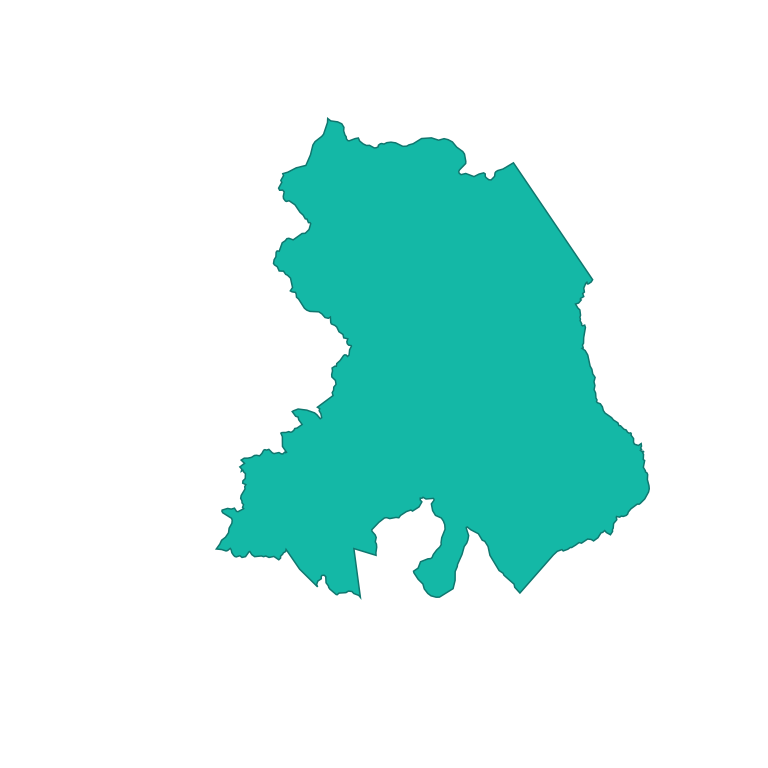 outline of San Carlos, Alajuela, Costa Rica, rotated 326°
{"feature_id": "36466004B93009353653886", "entity_name": "San Carlos", "entity_type": "district", "adm_level": 2, "iso_a3": "CRI", "parent_name": "Costa Rica", "parent_adm1": "Alajuela", "projection": "orthographic", "projection_center": [-84.486, 10.62], "detail": "fine", "context": "isolated", "style": "filled", "palette": "teal", "viewbox_px": 768, "rotation_deg": 326, "n_neighbors": 0, "source": "geoboundaries", "source_scale": "gbopen_adm2", "svg_char_len": 6171}
<svg xmlns="http://www.w3.org/2000/svg" viewBox="0 0 768 768"><g transform="rotate(326 384 384)"><path d="M615.0,273.0L602.8,272.3L597.5,270.6L595.3,270.6L594.1,271.1L591.8,273.7L586.9,274.7L585.1,273.3L584.0,269.8L584.1,268.4L585.4,266.4L584.7,264.7L580.2,263.1L574.6,262.4L569.5,255.2L564.9,253.5L564.2,251.3L564.7,249.7L566.4,248.7L575.0,246.9L576.3,245.2L579.3,238.4L579.3,235.4L576.7,228.2L576.1,221.6L573.8,217.3L571.0,214.2L565.6,212.4L561.0,206.5L552.4,201.5L542.5,201.1L538.4,199.7L535.8,199.5L532.5,197.5L528.5,190.6L525.0,187.4L521.3,185.5L518.2,185.1L516.5,183.3L515.2,182.8L512.9,182.9L511.8,184.1L509.6,183.8L507.9,182.8L505.5,178.1L502.8,176.4L501.0,173.3L499.7,169.0L500.3,165.7L497.3,164.4L491.0,162.9L490.1,161.9L489.9,159.9L490.9,157.9L490.9,155.6L492.1,151.6L494.3,148.8L494.5,144.7L492.2,140.8L487.0,136.1L485.8,132.4L483.4,135.6L473.6,143.1L470.9,143.9L462.4,144.5L458.7,146.1L451.2,152.9L441.5,159.1L432.1,155.7L422.7,154.6L417.7,153.0L417.2,155.1L412.3,157.5L412.0,159.7L406.1,162.7L405.8,165.0L408.4,166.6L408.7,168.9L405.4,172.1L404.4,174.1L404.6,177.2L405.2,178.1L407.8,179.0L410.4,185.7L410.4,194.7L411.4,198.8L411.1,203.1L412.4,204.2L411.6,208.0L412.9,208.9L412.9,210.1L408.3,214.0L403.0,215.0L400.2,213.4L389.3,213.7L386.6,210.0L384.8,209.2L382.2,210.0L378.6,210.0L371.4,215.3L369.8,213.9L368.3,214.4L365.5,218.1L362.4,219.5L359.8,222.3L359.8,224.0L361.1,227.1L360.3,231.7L363.8,234.3L363.8,238.1L364.8,239.8L365.7,243.9L362.1,252.9L358.4,254.4L359.3,256.2L361.8,258.5L361.6,260.1L360.0,263.1L360.7,265.7L360.4,276.7L361.3,279.6L363.2,282.4L370.3,287.7L371.7,291.1L372.3,295.9L374.6,298.4L377.0,298.5L374.2,303.3L374.0,304.8L376.0,307.9L376.7,310.3L375.9,315.5L377.7,320.0L376.4,323.2L379.3,326.3L376.8,328.2L376.1,330.0L376.4,332.0L378.3,333.8L378.1,334.5L374.6,336.4L371.3,340.4L369.2,340.8L368.8,338.7L367.6,337.8L366.4,337.8L360.7,340.0L356.3,340.6L354.4,342.7L353.4,341.8L349.9,341.7L348.6,344.4L345.9,346.9L344.7,349.0L345.7,353.9L344.0,357.5L340.6,358.5L338.7,361.0L336.2,362.2L335.3,365.1L315.8,366.0L316.9,368.5L315.3,369.9L315.1,373.2L313.5,377.1L311.7,377.1L311.2,372.0L310.3,369.1L305.4,362.5L298.8,356.7L294.0,355.6L292.5,355.5L292.7,361.3L294.3,363.4L293.3,366.0L293.5,371.8L287.3,371.9L285.1,371.0L283.3,372.0L280.7,372.2L279.7,371.9L278.4,370.2L275.7,369.4L272.3,367.2L271.0,367.1L270.3,370.8L264.9,379.0L265.0,386.1L264.1,386.0L263.6,385.0L261.0,385.4L259.7,384.4L258.6,382.1L253.9,380.2L252.9,378.6L252.0,373.8L249.8,373.2L248.5,371.8L247.2,371.6L243.9,373.3L240.7,374.0L238.5,371.8L236.6,370.8L233.1,370.7L229.6,369.3L226.6,367.3L223.0,367.2L224.0,371.8L218.1,372.1L218.5,375.1L216.9,376.6L218.8,376.7L218.5,378.7L219.0,380.8L216.1,384.8L212.9,385.4L211.4,387.2L213.2,390.2L211.1,391.2L210.1,393.3L203.3,396.5L201.2,398.7L200.9,401.4L199.8,403.2L200.1,405.5L197.7,407.2L197.9,408.9L191.6,408.2L190.5,407.1L190.6,403.3L187.4,402.3L184.8,399.7L179.3,398.0L178.5,398.8L178.3,400.6L182.5,410.1L182.0,412.0L180.0,414.4L175.0,416.9L171.9,420.4L166.9,422.4L162.0,422.7L158.4,424.9L152.7,427.0L156.8,430.4L159.7,434.1L161.2,434.6L164.6,434.3L164.6,435.9L163.5,438.8L163.5,442.0L163.9,443.6L164.8,444.7L168.5,445.8L169.3,448.4L172.7,449.7L178.3,447.6L179.1,447.8L179.0,451.6L180.2,454.8L186.2,458.0L187.6,459.8L189.8,460.5L191.7,463.5L196.3,465.4L198.5,470.9L200.9,470.5L202.0,468.9L204.7,468.5L206.2,467.7L208.7,467.9L210.3,466.4L210.5,490.3L215.5,515.1L216.1,512.5L218.9,510.4L223.1,510.4L224.3,508.5L225.5,508.0L227.4,509.0L228.0,511.1L224.8,516.4L225.0,520.1L224.4,521.8L224.4,523.7L226.6,531.7L227.3,532.5L229.8,532.2L235.8,535.7L238.7,535.8L241.4,538.1L241.8,540.8L244.9,545.2L245.1,547.7L267.0,503.6L281.6,521.6L282.9,519.4L286.7,515.2L288.2,512.5L288.5,510.0L291.7,506.9L292.3,504.1L291.7,499.4L292.4,498.0L302.4,495.8L309.6,495.3L311.6,496.4L313.5,498.8L319.3,501.3L321.5,503.2L324.2,502.2L331.2,502.3L335.8,503.5L336.6,505.3L344.3,505.5L349.5,502.9L349.2,500.4L350.2,498.9L351.6,499.9L353.0,499.7L354.5,502.8L360.9,506.4L361.0,507.6L360.3,508.4L356.2,509.9L353.5,516.2L353.2,521.7L356.6,527.2L356.6,530.8L355.7,534.6L353.4,538.6L345.9,543.7L342.5,547.5L341.8,549.0L339.2,550.3L334.7,551.1L329.6,552.9L326.7,554.8L325.0,554.8L322.7,553.5L314.9,551.8L309.3,555.7L303.8,555.7L303.2,557.3L303.1,565.0L304.4,571.6L302.8,576.4L303.2,582.1L304.5,585.9L308.0,589.9L310.8,591.7L326.8,592.3L333.1,586.6L338.1,579.3L342.6,576.4L344.1,574.7L353.4,568.9L359.6,563.6L363.7,562.1L366.4,560.1L369.4,557.0L371.5,549.7L372.0,548.9L373.1,549.1L374.4,553.3L378.5,560.9L378.1,568.4L379.6,570.8L379.4,576.9L376.0,585.3L375.1,603.0L376.9,607.5L376.5,609.6L379.9,622.7L378.7,625.6L379.8,633.3L428.9,620.4L434.1,619.6L438.9,620.8L439.2,622.6L444.0,623.8L447.0,623.7L448.1,624.5L452.9,624.7L457.0,624.5L458.8,626.4L466.1,626.4L468.8,628.7L470.0,631.3L475.4,631.1L480.6,628.8L482.4,629.3L485.0,628.9L485.3,631.5L487.4,635.6L491.0,634.1L492.0,632.4L493.4,631.7L496.3,628.1L501.1,626.7L502.0,624.4L502.7,623.9L505.0,626.2L506.8,626.2L508.3,627.6L511.3,628.4L513.2,628.1L514.9,626.8L518.9,625.6L526.8,625.2L528.3,626.3L529.7,626.3L535.9,625.1L542.9,621.5L545.3,619.2L546.8,616.5L548.9,610.5L551.9,606.6L552.3,604.9L551.6,603.0L552.2,602.0L552.4,598.1L557.3,593.2L556.7,591.6L559.8,587.5L560.0,585.5L561.3,585.4L561.2,584.6L559.9,583.8L559.5,582.3L561.0,582.2L560.9,580.6L562.7,579.6L563.9,577.2L560.5,577.2L558.0,573.9L558.3,571.8L560.4,568.8L560.2,564.5L561.1,563.7L561.2,562.5L559.6,561.7L558.9,560.0L559.1,557.6L557.6,555.6L556.7,550.8L555.5,549.8L556.2,547.0L554.1,542.1L553.9,539.2L551.0,531.7L551.0,528.6L552.3,525.0L552.3,521.4L550.5,518.9L550.3,517.5L551.7,516.3L551.9,514.1L554.4,509.8L555.0,506.2L558.0,503.2L559.3,499.6L562.7,496.6L562.7,492.4L564.6,488.0L564.9,484.4L569.1,474.0L569.5,468.9L568.2,465.2L569.4,465.4L570.3,462.7L572.2,461.8L575.5,457.2L582.6,449.8L583.3,447.4L581.1,446.8L580.8,445.7L581.6,444.6L582.0,441.1L583.1,440.1L583.7,438.2L585.4,436.9L587.8,432.1L587.2,429.3L587.5,424.8L590.6,425.7L594.5,424.6L594.2,423.4L594.8,423.0L598.5,423.2L599.3,420.1L601.6,419.8L603.2,416.2L607.5,413.4L609.1,413.1L608.6,414.8L609.5,415.3L612.8,415.3L615.3,414.2L615.0,273.0Z" fill="#14b8a6" stroke="#0f766e" stroke-width="1.5"/></g></svg>